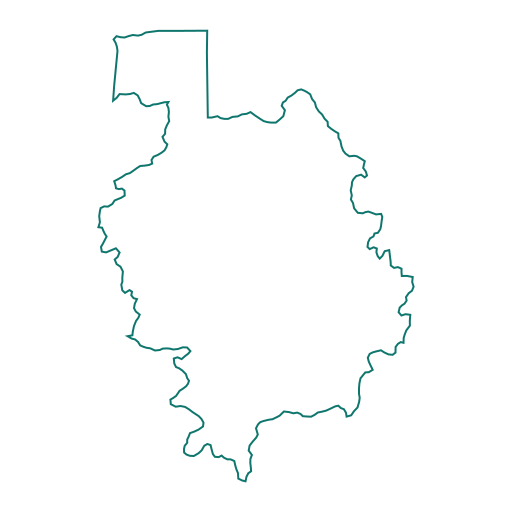 outline of Pancas, Espírito Santo, Brazil
{"feature_id": "56859067B19948054793148", "entity_name": "Pancas", "entity_type": "district", "adm_level": 2, "iso_a3": "BRA", "parent_name": "Brazil", "parent_adm1": "Espírito Santo", "projection": "orthographic", "projection_center": [-40.82, -19.149], "detail": "fine", "context": "isolated", "style": "outline", "palette": "teal", "viewbox_px": 512, "rotation_deg": 0, "n_neighbors": 0, "source": "geoboundaries", "source_scale": "gbopen_adm2", "svg_char_len": 4662}
<svg xmlns="http://www.w3.org/2000/svg" viewBox="0 0 512 512"><path d="M127.6,336.2L131.7,338.6L135.0,339.4L138.0,341.9L140.2,345.4L143.4,346.8L146.6,347.8L150.2,348.3L155.0,350.5L159.8,350.0L162.7,348.6L166.7,348.4L169.6,348.6L173.3,349.5L177.9,349.0L182.9,347.3L187.1,347.5L190.4,351.1L188.3,353.6L184.7,356.4L181.6,359.1L177.5,357.3L173.8,358.5L174.3,363.5L176.0,367.0L179.1,368.3L182.3,370.5L185.9,374.1L187.2,378.1L189.0,380.8L188.0,383.7L186.2,386.2L182.9,388.7L179.6,390.8L176.1,395.9L173.0,398.1L170.4,399.6L170.8,404.2L175.7,406.7L180.5,406.0L185.0,406.9L188.8,409.2L192.6,412.1L198.7,416.1L201.4,418.9L203.5,422.6L203.0,426.5L198.4,429.7L194.0,431.7L190.0,433.1L188.7,436.5L187.2,439.6L187.2,442.8L184.7,445.8L184.0,448.9L184.1,452.5L186.4,454.5L189.8,455.8L193.8,456.0L198.6,453.2L201.6,450.4L204.3,445.7L207.4,444.0L210.6,445.1L211.5,449.0L212.9,454.1L214.9,456.8L218.7,457.1L221.6,455.6L224.1,457.8L227.3,459.3L230.4,459.3L234.3,461.0L235.3,465.6L236.4,469.3L238.0,473.2L238.3,478.6L242.2,480.5L245.5,481.3L246.5,476.7L248.3,473.2L251.1,471.3L250.8,467.2L250.3,462.9L250.4,459.0L251.9,455.0L248.7,450.6L249.6,445.6L252.2,442.2L254.1,440.0L256.2,437.6L257.8,434.5L256.0,428.3L258.0,424.4L260.3,422.1L263.6,421.0L268.4,419.8L272.5,419.2L275.7,417.7L279.6,415.7L283.9,411.5L289.1,412.1L293.3,413.3L297.2,412.6L300.6,414.0L302.8,416.2L307.0,416.5L311.1,416.7L314.7,414.8L317.8,412.5L321.9,411.7L326.2,410.6L331.0,408.4L335.1,406.4L338.3,405.7L340.9,408.1L343.9,409.2L346.0,412.8L346.6,416.6L351.2,415.3L353.9,411.3L357.5,407.5L359.1,402.0L359.7,397.9L359.0,393.7L359.0,388.1L359.4,383.5L360.5,378.3L363.0,375.2L365.3,372.4L368.8,372.2L372.7,369.8L370.4,365.1L368.8,361.7L367.8,357.7L369.7,353.9L372.7,352.4L376.2,351.4L381.0,350.3L384.2,352.4L388.5,354.4L392.6,354.8L395.5,352.6L395.6,347.0L397.9,343.9L400.7,342.1L403.5,342.8L403.7,337.9L404.7,334.5L406.3,330.4L409.9,325.6L409.8,320.8L410.3,314.8L405.5,314.2L401.4,315.5L398.6,312.2L399.7,307.6L401.9,305.4L404.5,303.7L406.6,300.6L406.0,297.1L408.7,293.2L412.0,290.7L413.6,286.7L412.2,282.1L412.7,277.0L406.9,275.9L401.8,276.0L401.5,272.4L401.5,268.7L397.9,267.1L394.0,267.9L390.8,265.5L390.6,261.4L389.8,254.9L389.2,250.1L384.7,251.2L382.4,255.9L379.7,258.6L377.7,256.1L376.4,252.3L376.8,248.5L373.6,247.3L369.7,249.1L367.5,246.9L368.1,242.3L370.0,238.4L373.5,236.4L374.5,233.5L377.9,232.8L380.3,229.2L381.0,226.2L381.7,220.6L382.3,216.9L381.1,213.9L376.0,214.4L371.8,212.8L368.4,211.6L365.5,212.1L362.7,213.3L357.8,212.8L354.1,208.3L353.0,203.0L350.9,199.5L351.8,195.4L350.7,190.3L351.8,185.6L352.0,182.3L353.3,179.4L356.2,176.1L361.1,174.7L364.7,177.4L367.0,175.5L365.8,171.5L363.2,168.0L363.9,164.6L364.8,161.2L361.5,159.0L357.0,156.3L354.1,155.8L349.3,156.3L345.5,153.6L343.2,150.7L341.5,146.4L340.4,140.9L338.5,137.8L338.3,133.3L335.3,131.6L331.3,128.9L327.9,126.1L327.6,121.8L324.5,118.6L322.1,114.5L318.8,111.4L316.1,107.2L314.9,102.5L312.1,99.1L310.2,94.3L307.3,92.3L304.6,90.8L301.2,89.4L297.6,90.3L295.0,92.8L291.5,95.5L287.7,97.6L285.6,100.8L282.9,102.5L281.7,105.8L284.9,110.2L283.3,116.2L279.8,119.4L275.9,122.6L271.0,122.6L267.3,122.1L263.7,121.1L260.2,118.9L254.8,115.3L250.5,112.1L246.7,113.8L241.8,114.4L237.8,116.4L232.4,116.9L228.1,118.9L224.5,118.9L220.6,118.1L217.5,116.2L211.9,117.5L207.8,117.5L206.9,52.7L207.2,30.7L173.2,30.9L158.0,30.9L145.7,32.5L141.6,34.8L138.0,35.6L132.8,35.0L129.0,36.0L124.5,37.5L120.5,37.2L116.5,36.2L113.6,39.4L115.6,42.8L116.9,46.7L117.5,50.9L114.2,85.4L113.1,100.7L116.7,97.8L119.5,94.1L125.8,94.4L130.1,94.0L133.8,92.9L137.7,95.4L139.6,99.1L141.2,103.2L146.2,106.2L149.7,106.0L153.1,104.5L157.2,104.1L160.7,103.2L164.2,102.3L168.4,102.0L166.9,104.7L168.4,107.9L168.9,112.0L168.4,116.7L169.2,121.1L166.8,125.5L165.2,129.4L165.1,133.8L162.5,136.8L164.5,141.6L167.3,144.3L166.3,147.3L164.5,150.4L161.7,152.6L157.9,154.9L153.6,156.7L151.5,160.0L152.2,163.6L148.9,165.0L144.8,165.6L140.2,166.0L137.2,167.9L133.6,170.5L129.9,173.1L125.9,174.3L122.1,176.9L117.7,179.4L114.2,181.2L115.5,185.2L116.0,188.3L118.9,189.1L121.9,188.6L124.5,190.6L124.7,195.6L121.1,197.8L117.9,199.1L114.6,200.5L112.3,204.0L108.0,206.6L104.1,206.4L100.6,208.1L99.9,211.3L99.2,216.1L99.9,222.3L98.4,227.2L102.1,227.7L103.4,230.9L104.8,233.8L106.6,236.5L103.0,243.5L101.0,246.9L101.8,251.6L106.1,252.4L115.9,248.3L119.6,252.5L117.6,257.0L114.7,259.5L116.6,264.1L120.5,266.7L122.9,271.5L122.3,277.7L122.4,281.7L121.3,284.6L122.3,290.3L125.0,292.9L129.5,290.1L132.0,291.7L131.3,295.3L133.6,298.2L137.0,299.1L134.8,303.7L134.0,308.1L135.8,311.5L139.7,314.6L138.3,317.9L136.1,320.8L134.0,326.0L132.8,331.6L132.4,335.3L127.6,336.2Z" fill="none" stroke="#0f766e" stroke-width="2"/></svg>